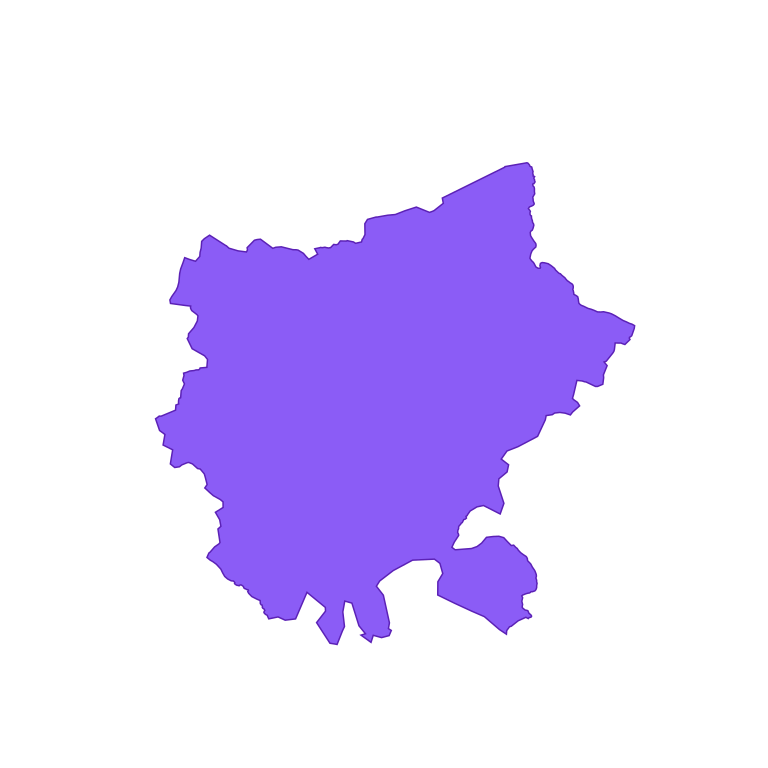 Ganjuwa, Bauchi, Nigeria, rotated 116°
{"feature_id": "59680162B89766877463651", "entity_name": "Ganjuwa", "entity_type": "district", "adm_level": 2, "iso_a3": "NGA", "parent_name": "Nigeria", "parent_adm1": "Bauchi", "projection": "equal_earth", "projection_center": [9.981, 10.738], "detail": "fine", "context": "isolated", "style": "filled", "palette": "violet", "viewbox_px": 768, "rotation_deg": 116, "n_neighbors": 0, "source": "geoboundaries", "source_scale": "gbopen_adm2", "svg_char_len": 6159}
<svg xmlns="http://www.w3.org/2000/svg" viewBox="0 0 768 768"><g transform="rotate(116 384 384)"><path d="M511.4,572.0L513.7,573.1L515.4,574.1L524.2,565.3L525.4,558.8L535.7,555.8L535.8,545.1L549.5,541.0L550.8,535.5L548.0,531.5L545.4,530.3L541.1,526.5L540.1,525.1L539.8,521.1L541.7,514.5L541.0,511.9L543.5,506.2L546.0,503.9L551.9,498.9L556.0,499.5L558.0,492.9L559.2,488.4L559.6,480.6L560.5,477.0L565.5,474.5L573.2,479.3L578.0,472.2L583.4,468.2L587.1,469.7L598.4,461.9L600.1,462.3L604.6,464.8L611.3,466.6L612.7,467.3L617.5,467.1L618.5,463.0L618.7,459.9L619.5,455.6L621.9,449.5L624.5,446.2L626.8,442.8L627.8,439.1L627.9,435.1L627.1,432.9L627.4,432.0L627.9,431.0L628.3,430.9L628.8,430.9L629.3,429.8L629.4,427.7L629.0,426.9L628.9,425.8L628.1,425.3L627.6,425.2L627.2,424.4L627.3,423.2L627.5,422.1L628.1,421.0L628.6,420.8L629.0,419.5L628.7,418.6L629.0,417.7L628.8,416.9L628.5,416.1L628.9,415.4L630.3,415.5L631.5,413.8L633.0,409.6L633.1,403.7L632.9,400.4L635.6,398.9L636.3,397.6L636.1,396.8L637.2,395.8L638.2,395.4L638.7,394.5L638.8,393.2L639.8,391.8L640.8,392.0L641.8,391.9L642.6,390.9L643.0,389.3L643.1,387.4L643.9,386.7L645.6,384.6L639.8,377.1L639.6,369.3L633.9,360.5L605.0,361.9L610.5,338.8L613.8,337.0L628.0,340.0L640.7,318.9L639.1,313.7L638.7,312.0L624.3,313.1L619.3,313.2L606.9,321.1L596.3,324.1L595.0,316.8L612.3,300.5L616.6,291.2L619.8,294.6L621.9,282.4L614.6,283.5L613.0,275.0L607.9,269.1L602.3,269.4L601.9,272.8L596.3,274.4L574.1,292.0L569.1,302.2L562.9,301.5L547.6,293.9L529.8,281.1L519.3,261.9L520.7,255.1L528.6,248.1L538.1,248.9L550.1,243.2L550.1,224.6L549.7,205.5L549.1,191.8L554.1,172.6L555.2,164.3L551.9,165.6L547.2,164.8L545.9,163.4L538.0,159.6L531.5,154.2L531.6,151.5L530.2,151.1L529.6,150.2L528.7,149.5L527.9,149.6L527.1,150.8L526.5,153.2L524.7,155.3L524.8,156.4L525.3,157.9L524.7,160.7L524.2,161.8L522.9,162.4L521.5,162.7L518.8,164.9L515.3,165.7L514.1,167.3L513.0,166.9L510.4,164.6L508.9,162.9L508.0,161.6L507.2,161.1L506.2,160.8L505.6,159.5L503.8,157.7L502.2,157.3L500.2,157.5L498.0,158.5L496.1,159.0L494.7,160.2L493.4,160.8L491.8,162.4L489.8,162.8L488.3,163.8L486.4,165.8L485.5,166.9L483.4,170.6L481.5,173.1L480.7,175.1L480.2,176.7L479.6,177.7L478.1,178.6L477.2,179.7L476.7,180.7L476.3,184.0L475.7,187.2L474.5,190.4L473.4,192.2L473.1,193.9L472.0,196.8L473.4,198.8L471.5,204.2L469.6,209.0L470.5,214.0L473.2,219.0L476.9,224.7L484.2,226.5L489.3,229.1L493.5,233.2L501.6,247.0L501.8,247.5L501.0,251.4L495.3,251.5L487.4,250.5L486.3,251.2L485.2,252.7L483.0,253.5L481.4,253.5L479.7,254.3L478.6,254.3L476.4,253.6L475.3,253.6L474.2,252.9L470.9,252.9L469.8,251.7L468.4,251.1L467.0,252.3L465.9,251.6L464.8,251.6L460.4,250.9L453.7,246.6L449.6,241.3L449.9,222.6L438.7,223.9L425.6,236.6L418.9,239.2L409.1,234.8L402.0,236.6L400.1,245.7L390.3,244.1L381.6,236.1L363.7,223.0L345.5,223.3L341.3,224.4L337.8,219.3L335.3,217.9L332.5,213.5L330.8,208.4L330.1,202.9L326.6,202.2L317.9,198.6L315.7,202.0L315.0,206.3L314.3,208.3L310.2,209.0L296.2,212.2L294.4,207.2L294.1,204.8L293.6,203.3L293.5,192.9L292.6,191.0L288.3,187.2L282.1,189.3L279.6,190.8L269.7,191.5L267.7,195.8L266.0,194.2L255.8,191.9L253.9,191.7L252.1,192.0L245.8,194.2L243.3,188.9L243.2,187.1L242.9,184.8L236.2,182.4L235.3,183.6L234.4,183.8L233.4,183.1L232.0,182.5L224.5,183.4L221.7,184.3L221.5,187.4L221.9,190.0L221.9,193.4L222.1,197.0L221.7,202.0L221.3,205.9L221.2,210.2L221.5,212.8L222.8,218.3L224.3,220.8L225.6,223.7L225.7,227.5L226.0,230.6L226.6,233.8L226.6,238.9L226.8,241.0L226.5,242.9L226.0,244.2L224.4,245.4L222.2,246.8L220.6,248.2L220.2,250.8L220.3,251.8L220.1,252.8L219.2,253.2L216.9,255.0L216.2,255.8L214.8,256.0L213.3,256.7L212.3,257.5L211.6,258.9L211.4,261.4L210.9,263.2L210.9,264.3L210.0,266.5L209.2,268.0L208.4,271.6L207.6,273.8L207.8,274.9L207.5,276.3L206.9,278.1L206.4,279.7L205.3,281.4L204.3,285.9L203.9,289.2L204.7,292.8L205.5,295.1L207.0,296.3L209.4,295.7L210.5,294.5L211.4,294.4L212.2,295.7L212.4,296.5L212.2,298.8L209.9,301.9L209.2,303.1L208.6,305.0L207.7,306.9L207.0,308.0L202.7,309.1L199.4,309.3L197.4,308.8L194.3,307.6L192.5,308.2L191.2,309.2L189.7,312.1L187.4,315.9L186.4,317.3L183.7,319.0L181.9,318.9L180.8,318.2L178.7,318.3L175.7,318.9L174.6,319.7L173.5,321.4L172.3,322.1L170.4,324.0L168.3,325.2L168.3,326.1L167.5,327.1L166.0,327.9L164.7,328.1L164.0,329.1L163.5,330.3L163.1,331.1L161.1,330.9L159.1,329.1L157.8,328.2L156.5,327.9L155.7,328.3L155.2,329.0L154.1,330.1L152.7,330.9L150.8,332.2L147.0,331.9L145.2,333.1L142.5,334.4L141.2,335.4L140.6,336.9L139.5,337.8L138.6,337.8L138.3,337.1L136.5,336.8L135.7,337.1L135.3,337.8L134.2,338.4L133.5,339.5L133.0,339.7L131.6,339.5L131.5,340.2L131.7,341.1L130.5,341.7L129.9,342.3L128.9,342.9L127.8,343.1L125.3,345.5L124.3,346.2L124.2,346.7L124.4,347.6L124.1,348.5L123.4,349.2L122.4,351.4L122.5,352.5L135.6,370.6L136.3,370.6L191.3,413.1L195.6,409.9L206.2,415.0L207.4,416.0L209.8,418.3L210.8,432.5L219.2,441.2L226.7,448.1L230.7,454.7L237.3,463.8L237.3,464.2L243.3,471.0L248.3,471.5L258.0,466.6L262.6,466.6L263.5,467.0L266.2,466.5L270.0,471.2L269.7,473.7L271.3,480.0L271.6,480.1L272.0,480.5L274.6,486.0L278.6,486.7L279.8,488.0L280.6,490.4L284.8,491.8L286.1,493.5L286.9,496.5L286.9,497.0L288.5,499.2L289.1,501.0L289.6,501.4L292.8,505.5L296.4,500.5L304.9,506.2L303.6,509.8L301.9,513.7L301.3,519.9L301.9,521.9L303.2,524.7L305.7,536.4L308.6,541.3L310.8,543.4L308.0,558.5L309.8,561.4L311.6,563.5L321.5,566.8L323.3,565.5L325.6,565.5L328.3,573.5L329.9,582.9L328.9,586.2L328.9,587.2L326.7,606.0L332.2,609.2L335.7,610.4L342.0,607.9L346.3,607.0L350.1,605.5L356.3,607.2L357.3,613.4L357.8,618.5L363.3,617.8L369.7,617.2L374.2,616.1L382.4,613.0L387.2,612.0L391.1,611.9L398.5,613.1L402.3,613.3L405.2,611.2L400.4,596.6L398.7,591.9L399.8,591.6L400.9,590.9L402.3,589.0L403.6,582.6L404.3,581.1L409.2,579.4L416.6,579.6L424.5,581.7L427.7,580.4L429.4,580.8L436.4,571.9L437.3,557.6L439.3,553.4L446.7,550.5L450.2,556.3L451.3,556.2L452.5,556.8L453.8,559.2L455.1,560.5L457.4,564.2L460.1,566.6L462.1,568.9L464.0,567.5L468.8,566.6L471.4,563.4L476.8,563.1L478.8,563.4L485.1,560.9L485.7,560.8L486.1,561.5L487.0,561.9L488.9,561.4L490.3,560.8L490.9,560.5L491.9,559.8L494.1,561.8L498.9,559.9L510.6,570.2L511.4,572.0Z" fill="#8b5cf6" stroke="#5b21b6" stroke-width="1.5"/></g></svg>